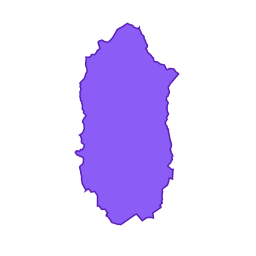 Hasmas, Arad, Romania, rotated 320°
{"feature_id": "2599482B66342132311971", "entity_name": "Hasmas", "entity_type": "district", "adm_level": 2, "iso_a3": "ROU", "parent_name": "Romania", "parent_adm1": "Arad", "projection": "albers", "projection_center": [22.1, 46.547], "detail": "fine", "context": "isolated", "style": "filled", "palette": "violet", "viewbox_px": 256, "rotation_deg": 320, "n_neighbors": 0, "source": "geoboundaries", "source_scale": "gbopen_adm2", "svg_char_len": 5806}
<svg xmlns="http://www.w3.org/2000/svg" viewBox="0 0 256 256"><g transform="rotate(320 128 128)"><path d="M201.6,119.1L201.6,118.9L201.4,118.4L201.3,117.8L201.2,117.1L200.9,116.5L200.8,115.9L200.7,115.1L200.9,114.3L201.0,113.3L201.1,112.8L201.0,112.3L200.3,111.4L199.8,110.8L199.0,110.1L198.4,109.5L198.0,109.1L197.2,108.9L196.6,108.9L195.5,108.6L195.3,107.9L195.3,107.1L195.4,106.5L196.0,104.7L196.1,103.7L196.3,103.0L196.1,102.7L195.5,102.0L194.9,101.1L194.3,100.4L193.8,99.8L193.5,98.4L193.1,96.9L192.7,95.9L191.2,94.4L190.8,93.8L191.2,92.7L192.5,90.4L192.3,90.0L192.2,89.4L192.2,88.7L192.3,87.7L192.4,87.1L192.2,86.6L192.1,86.2L192.1,85.5L192.1,84.7L191.9,83.7L191.7,82.9L191.9,82.1L192.5,80.7L192.8,79.9L192.6,78.9L192.7,78.6L193.4,78.5L193.9,78.4L195.0,78.2L195.9,77.3L196.2,76.6L196.3,75.1L196.5,74.1L197.1,72.6L197.6,72.1L197.6,71.2L197.7,70.3L197.8,69.4L198.2,69.2L198.7,68.9L198.9,68.2L199.2,67.4L199.0,66.5L198.8,65.7L198.8,64.9L199.0,64.1L199.3,63.3L199.7,62.4L200.1,60.6L200.8,58.8L201.3,58.1L199.5,58.5L198.6,56.7L197.3,54.7L197.5,52.5L196.2,50.5L194.6,47.4L191.8,47.1L187.9,46.7L184.9,45.9L182.8,45.7L180.6,46.7L178.1,47.6L174.4,48.9L171.0,49.5L169.0,49.5L167.8,49.2L167.2,49.0L166.2,47.6L165.6,46.7L165.2,45.7L164.7,44.1L162.9,43.2L161.0,42.7L160.0,43.5L158.8,46.2L157.6,49.0L156.7,49.2L155.2,48.9L153.7,49.1L152.4,49.7L150.6,50.3L149.5,50.2L149.2,49.9L148.8,49.6L148.0,48.7L147.1,48.3L146.1,48.8L145.5,49.1L145.0,49.1L144.1,49.0L143.7,48.8L142.1,47.5L141.4,46.7L140.2,48.4L137.0,51.5L136.1,52.4L134.6,56.3L133.9,57.4L132.6,58.6L130.8,59.2L126.5,62.0L120.8,62.5L120.1,63.2L119.8,62.4L119.7,64.2L118.3,65.1L117.6,66.1L117.2,67.8L115.7,68.8L114.9,69.2L114.1,69.8L113.5,70.8L113.0,71.5L112.6,72.1L111.6,72.7L111.0,73.8L110.6,75.0L110.0,75.4L109.3,76.9L109.3,78.1L108.9,79.1L108.3,79.7L108.1,80.6L107.5,81.4L107.0,82.2L105.4,83.6L105.1,84.1L105.2,86.4L105.0,86.8L104.3,87.0L103.9,87.4L103.7,88.5L103.9,90.3L103.9,91.2L103.4,91.8L102.1,91.9L100.4,92.4L99.2,92.8L97.9,93.5L97.1,94.2L96.9,95.0L96.9,96.4L96.1,97.7L94.9,99.3L94.0,100.4L92.0,101.6L91.2,102.1L89.4,102.5L86.7,102.5L86.3,102.3L86.3,102.5L86.5,103.7L86.2,104.4L85.9,105.0L85.9,105.5L85.7,106.1L83.9,108.0L83.0,109.4L83.1,110.7L83.5,111.2L83.7,112.2L83.5,113.0L81.8,114.3L80.8,114.7L79.9,114.9L79.4,115.4L77.7,114.0L76.1,114.7L75.0,113.6L74.3,112.6L73.3,112.5L72.1,112.7L71.7,114.1L71.7,115.3L71.9,116.3L74.8,122.0L74.4,122.5L72.7,124.5L72.3,125.0L71.4,125.8L70.3,126.3L69.2,126.6L67.7,126.4L67.0,126.4L65.9,126.8L65.3,127.9L64.7,128.8L64.5,129.5L64.0,130.6L63.4,131.5L62.8,132.4L62.2,133.4L61.8,134.6L61.3,135.3L60.3,136.5L59.7,137.1L59.1,137.9L58.8,138.6L58.2,139.6L57.4,140.9L57.1,142.1L56.9,142.8L56.9,143.6L56.4,144.6L56.2,145.7L56.3,146.7L56.3,147.5L55.9,148.1L55.2,148.6L54.9,148.8L58.5,148.9L58.6,149.3L58.5,149.9L58.9,151.0L58.7,151.5L58.7,152.2L58.8,152.5L58.5,153.3L60.1,154.3L60.3,154.3L61.7,155.4L61.1,160.3L54.4,168.2L55.8,169.1L55.5,173.3L56.6,174.2L57.7,175.0L58.3,175.9L57.8,178.2L57.8,180.3L56.1,180.2L56.1,181.0L54.9,181.2L54.8,181.4L55.4,181.6L55.6,181.6L55.5,183.1L55.5,185.7L55.4,186.9L54.9,188.9L55.0,190.1L57.7,194.4L60.5,197.4L77.4,198.9L79.3,199.7L79.3,208.2L84.4,208.7L85.7,209.3L87.9,211.1L89.6,213.3L92.4,209.0L101.7,210.0L102.1,210.0L102.3,209.9L102.5,209.7L102.6,209.3L102.7,209.2L102.6,208.9L102.8,208.5L102.7,208.4L102.5,208.2L102.5,207.9L102.6,207.7L103.2,207.8L103.5,207.7L104.0,207.4L104.6,207.4L105.0,207.4L105.2,207.5L105.4,207.5L105.6,207.6L105.8,207.5L105.8,207.3L106.2,207.2L106.3,206.6L106.3,206.4L106.6,206.3L106.5,205.9L106.6,205.7L106.8,205.4L107.0,205.3L107.4,205.2L108.1,204.9L108.5,204.7L108.5,204.3L109.3,203.6L109.5,203.2L109.9,202.6L110.0,202.1L110.2,201.8L110.6,201.4L111.2,201.2L111.5,200.6L111.8,200.5L112.4,200.1L112.4,199.7L112.6,199.6L112.8,199.4L113.3,199.4L113.5,199.2L113.7,198.4L114.0,197.7L114.6,197.1L115.3,196.9L118.0,196.8L118.4,197.0L118.8,197.0L119.5,197.0L120.0,197.0L120.5,197.0L121.5,197.1L121.7,196.6L122.1,196.4L122.7,196.5L123.0,196.2L123.9,195.7L124.9,194.9L125.3,194.5L126.0,194.0L126.8,193.4L127.5,192.9L129.3,195.7L129.6,195.2L129.8,194.8L130.0,194.6L130.4,194.4L130.7,194.2L131.5,193.1L132.0,192.7L132.4,192.5L132.7,192.2L132.9,191.9L133.1,191.5L133.8,190.6L134.0,190.3L134.5,189.9L134.9,189.7L135.4,189.4L136.0,188.8L134.8,187.8L134.0,182.7L134.4,182.6L135.2,182.1L135.6,182.2L136.9,182.0L137.8,182.2L138.1,182.1L139.1,181.5L139.4,181.1L140.0,180.9L140.5,181.1L140.8,181.0L141.3,180.7L141.8,180.6L142.0,180.3L142.0,179.6L142.4,179.2L142.9,178.7L143.2,178.6L143.8,178.6L144.0,178.2L144.6,177.8L144.7,177.5L144.7,176.7L144.8,176.5L145.0,176.2L145.2,175.8L145.0,175.1L145.3,174.4L145.2,174.1L145.3,173.9L145.9,173.6L146.0,173.5L145.8,173.0L146.1,172.3L146.3,172.0L146.8,171.9L147.0,171.6L147.4,171.0L148.0,170.7L148.6,170.3L149.6,169.7L149.8,169.4L150.2,169.1L150.7,168.5L150.6,168.1L151.1,167.7L151.3,167.2L151.7,166.8L151.6,166.2L152.2,165.5L152.3,165.3L152.0,165.0L152.2,164.8L152.5,164.4L152.8,163.9L153.2,163.0L153.7,162.2L154.6,160.7L154.8,160.3L155.0,159.9L155.3,159.3L155.5,159.1L155.9,158.3L156.6,156.8L157.0,156.3L157.4,155.9L157.7,155.6L157.6,155.1L157.8,154.9L157.6,154.4L158.2,154.0L157.9,153.4L158.4,152.9L158.9,152.0L159.2,150.7L158.8,149.6L159.3,148.6L160.1,148.3L160.7,147.4L162.0,146.9L162.6,146.9L163.5,146.6L163.6,146.1L163.7,145.4L164.8,144.6L165.5,144.4L165.9,143.9L166.7,143.8L167.5,143.6L168.3,143.1L168.4,142.4L168.3,142.0L168.4,141.1L168.9,140.8L169.0,140.0L169.5,139.5L170.2,139.0L170.4,138.2L170.2,137.5L171.3,137.2L171.6,136.7L172.0,136.7L172.1,136.2L173.0,135.6L173.8,135.3L174.6,134.9L175.0,134.4L175.4,132.4L175.3,131.3L176.1,130.5L177.1,129.5L177.9,129.0L179.2,129.3L180.9,127.8L181.9,127.9L183.1,126.6L183.7,124.9L185.0,122.5L186.9,122.1L188.2,121.4L201.6,119.1Z" fill="#8b5cf6" stroke="#5b21b6" stroke-width="1.5"/></g></svg>